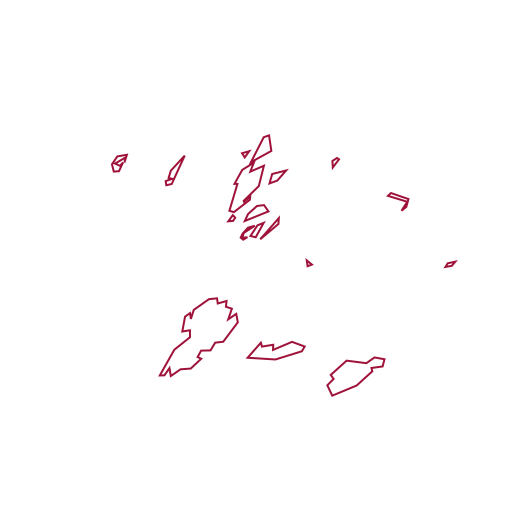 Banggai Laut, Sulawesi Tengah, Indonesia, rotated 228°
{"feature_id": "22746128B78411617556279", "entity_name": "Banggai Laut", "entity_type": "district", "adm_level": 2, "iso_a3": "IDN", "parent_name": "Indonesia", "parent_adm1": "Sulawesi Tengah", "projection": "equal_earth", "projection_center": [123.625, -1.86], "detail": "medium", "context": "isolated", "style": "outline", "palette": "rose", "viewbox_px": 512, "rotation_deg": 228, "n_neighbors": 0, "source": "geoboundaries", "source_scale": "gbopen_adm2", "svg_char_len": 1978}
<svg xmlns="http://www.w3.org/2000/svg" viewBox="0 0 512 512"><g transform="rotate(228 256 256)"><path d="M231.6,104.6L228.6,108.1L230.6,116.7L223.8,112.4L222.3,124.1L216.0,132.2L216.3,146.5L220.0,145.0L222.4,151.9L216.3,159.0L218.9,167.7L214.2,174.3L218.9,198.1L226.2,202.6L227.5,193.0L233.0,202.8L238.4,199.7L242.3,204.0L246.3,195.8L250.6,198.7L255.4,192.2L257.6,173.7L252.8,165.5L257.7,168.8L258.4,162.7L249.2,150.7L245.0,157.2L239.8,152.6L241.0,132.6L231.6,104.6ZM112.2,222.5L101.2,219.2L92.4,244.2L92.5,265.3L95.5,266.9L89.2,276.2L93.3,282.4L101.3,276.2L102.5,266.3L117.6,253.3L117.6,232.0L112.7,231.4L112.2,222.5ZM307.4,266.5L303.4,268.9L301.9,289.1L304.0,291.4L304.4,283.4L305.2,283.7L306.1,304.9L317.8,322.3L322.5,308.2L326.8,316.8L329.2,303.4L324.0,288.3L322.0,290.4L307.4,266.5ZM186.0,181.7L166.1,201.2L154.5,226.4L156.2,231.6L168.1,225.3L174.8,205.8L178.5,209.4L184.7,199.8L188.3,201.6L186.0,181.7ZM329.1,315.1L323.8,337.7L336.9,346.4L339.1,341.2L329.1,315.1ZM292.5,290.2L292.5,278.2L289.5,271.1L280.8,295.1L288.5,296.0L292.5,290.2ZM372.1,239.0L368.6,236.7L365.9,241.5L378.3,270.2L376.4,249.8L372.5,243.3L369.5,245.3L372.1,239.0ZM420.5,210.3L413.9,206.8L410.7,210.9L414.5,219.8L414.0,215.3L419.0,213.1L416.5,225.1L413.5,220.7L417.6,227.8L422.8,219.6L420.5,210.3ZM300.9,314.6L297.8,322.3L299.4,335.6L306.1,322.9L300.9,314.6ZM268.9,298.3L265.6,270.3L264.8,294.1L268.9,298.3ZM212.4,394.3L195.1,404.7L192.3,394.4L191.9,400.5L196.3,407.4L212.5,398.4L212.4,394.3ZM274.6,265.3L270.1,268.3L275.5,283.9L277.8,277.6L274.6,265.3ZM279.9,256.9L276.7,257.4L275.7,262.2L278.6,258.0L281.3,262.3L279.3,275.3L282.4,269.0L281.6,261.1L279.9,256.9ZM218.8,290.8L213.9,287.5L212.2,291.8L218.8,290.8ZM118.4,400.3L122.3,393.6L121.1,389.5L117.7,394.9L118.4,400.3ZM275.5,376.4L270.4,372.3L272.3,382.4L274.6,381.8L275.5,376.4ZM341.7,314.4L336.8,313.6L338.4,321.1L341.7,314.4ZM300.3,258.6L297.4,262.5L298.4,266.2L301.9,266.1L300.3,258.6Z" fill="none" stroke="#9f1239" stroke-width="2"/></g></svg>